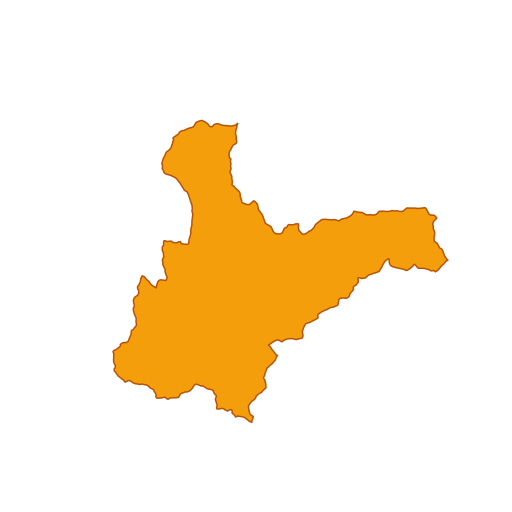 the district of Carhuaz, Áncash, Peru, rotated 333°
{"feature_id": "86281439B67590334790867", "entity_name": "Carhuaz", "entity_type": "district", "adm_level": 2, "iso_a3": "PER", "parent_name": "Peru", "parent_adm1": "Áncash", "projection": "orthographic", "projection_center": [-77.539, -9.267], "detail": "fine", "context": "isolated", "style": "filled", "palette": "amber", "viewbox_px": 512, "rotation_deg": 333, "n_neighbors": 0, "source": "geoboundaries", "source_scale": "gbopen_adm2", "svg_char_len": 6136}
<svg xmlns="http://www.w3.org/2000/svg" viewBox="0 0 512 512"><g transform="rotate(333 256 256)"><path d="M300.3,129.3L297.3,130.1L292.9,129.0L285.3,124.2L282.3,121.0L280.7,120.2L278.3,119.8L276.1,120.9L274.5,120.4L273.8,119.7L273.3,118.5L273.0,116.2L271.4,113.2L269.3,110.6L268.6,110.4L265.6,109.8L263.2,109.8L259.1,112.4L256.8,112.3L255.2,111.8L250.9,111.4L249.1,111.5L247.1,110.8L244.6,110.8L243.8,111.0L242.4,112.1L236.5,112.9L235.5,113.4L235.3,115.3L233.8,116.3L232.3,118.3L230.9,119.2L229.9,120.7L227.3,122.0L223.2,122.8L219.6,125.8L218.2,126.6L215.4,129.3L214.0,131.1L213.6,133.5L212.1,135.5L212.3,138.0L211.9,139.2L212.0,140.2L212.6,141.4L213.1,142.2L216.3,145.1L219.5,149.3L220.3,151.2L221.4,156.7L222.1,165.1L223.7,167.5L223.7,170.3L221.9,181.9L220.8,184.9L219.5,186.5L218.5,190.4L214.9,195.6L212.8,199.5L210.3,202.3L207.8,206.8L203.7,211.1L201.6,214.5L199.6,214.3L195.0,211.1L195.1,208.9L193.2,208.2L191.3,208.2L190.1,207.7L188.1,206.1L187.2,204.2L183.4,202.7L181.6,200.9L180.8,200.8L179.9,201.9L178.5,204.4L177.1,205.1L176.5,205.6L175.2,208.1L175.0,209.1L175.0,211.0L174.1,212.8L173.7,214.4L170.5,217.4L170.5,218.6L169.1,221.4L168.9,226.3L168.6,227.5L167.8,228.8L167.3,232.1L167.3,234.3L166.7,235.2L164.7,236.9L160.1,233.9L158.6,233.7L156.7,234.5L154.4,236.9L152.3,239.5L152.5,238.9L152.2,238.2L150.9,236.5L149.4,233.4L149.1,230.2L147.7,227.0L147.2,223.9L145.6,222.0L143.2,223.7L141.2,226.5L138.6,228.4L136.5,229.5L135.8,231.1L135.7,233.4L134.6,236.0L132.4,237.3L129.7,237.6L128.0,238.4L126.8,239.6L125.9,241.4L125.4,244.1L124.4,245.9L124.0,246.3L123.4,246.4L122.9,246.9L122.0,248.9L121.3,252.4L121.0,257.1L119.5,259.6L118.2,263.2L117.7,263.7L115.0,264.8L113.3,265.8L111.3,265.8L108.7,269.5L103.1,274.1L100.7,274.2L99.9,273.4L97.5,272.8L95.3,273.1L94.9,273.3L94.7,274.1L94.0,274.7L92.7,275.1L89.1,275.8L86.2,275.7L85.6,276.0L85.1,276.5L85.0,278.3L84.6,279.2L82.4,283.0L81.2,285.5L80.9,287.4L80.9,290.2L79.8,291.5L78.3,292.3L77.8,293.4L77.6,294.1L78.2,296.2L78.6,300.1L80.1,303.2L80.3,304.1L81.7,306.3L81.9,308.5L82.2,308.9L85.8,309.1L86.9,309.6L89.0,313.4L90.8,315.3L92.1,316.0L93.7,317.5L96.3,318.4L100.2,321.5L101.0,322.9L101.6,325.1L104.1,328.6L103.8,329.7L104.1,333.1L103.9,334.5L102.8,335.9L103.0,337.5L106.3,339.2L110.1,340.2L110.9,340.7L112.0,343.2L112.8,343.7L115.4,343.6L120.4,346.0L122.6,346.7L123.5,346.4L125.9,344.7L126.7,344.5L131.5,345.1L133.2,346.0L136.2,346.0L139.2,345.0L142.0,343.3L143.4,342.9L144.7,343.1L148.6,347.4L149.8,347.7L152.2,352.0L152.7,352.6L155.3,354.5L156.7,356.1L156.4,358.9L156.7,361.1L157.2,362.2L157.0,363.0L154.7,365.2L153.7,371.2L151.8,373.7L151.8,374.5L154.3,375.9L156.2,376.1L157.2,376.9L158.2,378.0L158.5,379.0L160.3,381.2L162.9,381.2L164.1,381.6L164.5,382.5L164.4,383.4L163.4,384.9L164.7,388.6L164.7,390.1L167.2,390.4L171.9,393.9L173.2,395.9L175.0,400.3L176.8,402.2L177.5,400.9L179.2,399.6L180.7,397.8L179.3,395.3L178.9,394.1L179.8,389.7L181.1,386.3L182.3,385.4L186.0,383.6L189.0,383.2L190.2,382.8L191.0,382.4L192.5,381.0L196.2,380.0L199.1,380.0L200.9,379.1L205.0,378.0L206.6,374.5L207.5,370.8L207.3,368.4L207.6,367.7L209.8,366.0L210.6,364.8L211.7,364.0L212.1,363.4L214.3,361.4L215.3,360.8L216.7,360.6L218.4,359.8L221.2,359.4L226.0,357.5L227.8,355.7L230.0,354.4L229.2,353.3L227.9,347.0L227.5,343.6L226.8,341.1L233.5,340.2L235.6,340.2L237.0,340.5L238.1,341.3L240.1,344.2L242.6,343.8L245.5,343.9L247.7,344.6L251.1,346.2L253.3,348.3L254.2,348.8L256.5,349.2L259.0,350.0L260.0,350.0L261.6,348.6L263.0,344.4L263.9,343.4L266.7,340.8L269.5,339.0L270.7,339.0L273.8,339.6L282.5,339.5L283.4,339.0L283.9,337.0L284.8,336.1L288.8,335.6L292.7,335.6L294.7,335.9L298.7,335.7L302.5,336.8L303.6,336.7L306.1,337.0L307.3,336.3L309.9,332.6L311.5,331.9L314.4,332.8L317.4,334.8L320.1,334.5L320.6,334.3L322.8,332.2L325.8,331.0L327.8,329.9L328.3,328.4L329.1,327.6L330.4,327.3L331.8,327.4L335.2,325.8L336.0,324.3L336.9,321.8L338.2,322.3L340.1,324.1L343.4,325.2L344.0,325.2L345.8,324.5L347.9,324.1L358.6,325.7L363.5,322.7L364.2,321.9L367.4,319.9L369.0,319.1L372.5,318.5L373.1,318.9L373.2,319.3L371.8,322.1L371.5,324.6L371.8,326.0L372.7,327.3L374.7,329.3L381.7,335.0L383.0,336.9L384.2,337.4L388.1,337.0L390.9,336.3L392.6,335.4L393.4,335.3L394.0,336.8L394.8,340.0L395.3,340.8L398.6,342.4L400.6,343.7L403.8,346.6L405.0,348.4L405.8,349.0L407.6,349.5L408.7,351.5L411.1,351.4L412.7,350.9L416.0,349.3L420.0,348.2L422.5,347.0L425.0,346.7L424.6,345.4L424.0,341.5L424.8,335.8L424.7,334.3L423.3,332.1L423.2,326.9L422.2,325.3L421.6,323.3L423.0,320.4L424.6,318.5L425.8,316.4L426.2,314.7L426.3,312.1L427.5,310.2L427.9,307.8L430.0,305.8L433.6,304.6L434.4,303.8L433.7,302.1L433.5,300.8L430.2,298.7L429.6,297.9L429.2,297.0L429.1,291.0L428.5,289.7L422.1,287.3L419.9,285.8L412.1,281.7L408.1,282.7L406.5,282.7L404.0,281.3L402.3,279.8L401.5,279.3L400.4,279.1L397.8,277.2L395.8,277.0L392.7,275.7L390.0,274.0L388.4,273.1L387.7,273.1L386.9,272.4L386.2,272.2L384.9,272.5L382.3,273.5L379.3,273.0L376.8,271.2L373.2,269.7L370.4,265.5L367.4,263.7L363.7,260.6L360.8,262.5L358.6,263.1L354.2,263.3L349.0,261.9L345.7,262.4L345.0,261.5L342.2,259.0L340.6,258.6L333.8,254.4L331.0,253.4L323.9,254.8L322.4,255.5L321.0,256.8L316.5,258.3L314.9,258.0L311.3,258.7L309.2,258.5L307.8,258.1L307.1,257.3L305.9,252.7L306.6,250.1L307.7,248.3L308.2,246.8L308.2,246.5L307.7,246.2L305.9,245.4L302.8,245.0L300.4,243.4L299.6,243.0L298.6,243.0L296.1,244.4L294.4,244.1L293.6,244.3L290.1,247.2L287.7,247.3L284.5,245.7L282.9,243.8L282.5,241.8L282.7,237.0L282.4,236.1L279.2,231.2L280.3,222.5L279.3,215.6L280.7,211.1L280.6,209.7L280.0,207.5L279.2,205.9L278.4,205.9L273.8,207.1L272.9,206.9L270.5,205.4L267.7,201.8L268.0,200.6L268.5,199.9L269.0,195.7L269.9,193.8L270.3,192.3L270.3,191.5L269.9,189.7L268.4,186.0L268.0,183.7L267.1,182.3L266.8,181.5L268.5,179.6L269.7,175.8L270.7,173.8L270.7,169.5L273.4,166.9L274.2,164.3L275.8,162.0L275.9,160.7L276.2,160.0L277.6,158.3L277.6,157.5L277.0,156.8L276.9,156.1L278.3,152.9L279.9,150.8L281.4,150.2L282.2,149.3L285.3,147.2L286.7,146.7L288.5,146.8L289.4,146.6L290.5,145.7L291.1,144.5L291.7,142.4L292.8,140.1L293.3,137.6L295.3,134.6L297.3,132.7L297.9,131.4L300.3,129.3Z" fill="#f59e0b" stroke="#b45309" stroke-width="1.5"/></g></svg>